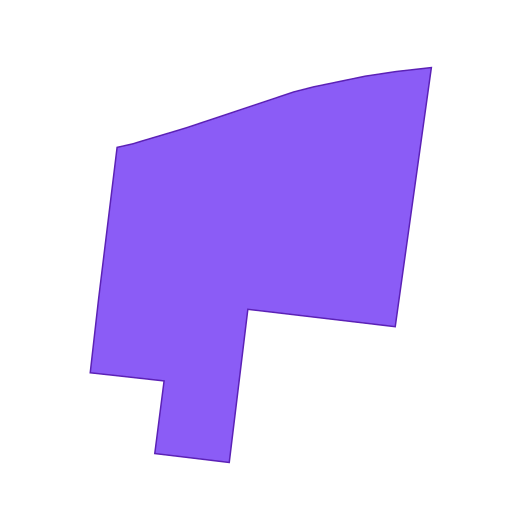 Muskegon, Michigan, United States of America, rotated 97°
{"feature_id": "52423323B98514650988046", "entity_name": "Muskegon", "entity_type": "district", "adm_level": 2, "iso_a3": "USA", "parent_name": "United States of America", "parent_adm1": "Michigan", "projection": "albers", "projection_center": [-86.217, 43.295], "detail": "fine", "context": "isolated", "style": "filled", "palette": "violet", "viewbox_px": 512, "rotation_deg": 97, "n_neighbors": 0, "source": "geoboundaries", "source_scale": "gbopen_adm2", "svg_char_len": 403}
<svg xmlns="http://www.w3.org/2000/svg" viewBox="0 0 512 512"><g transform="rotate(97 256 256)"><path d="M47.6,104.9L55.8,139.3L64.2,169.5L70.3,187.5L81.0,219.2L88.4,238.2L129.2,323.9L137.6,341.6L140.7,348.6L155.6,382.8L159.7,392.0L165.1,407.1L317.6,407.0L392.1,406.3L391.2,332.0L464.4,332.4L464.2,257.4L309.9,257.6L309.2,109.2L47.6,104.9Z" fill="#8b5cf6" stroke="#5b21b6" stroke-width="1.5"/></g></svg>